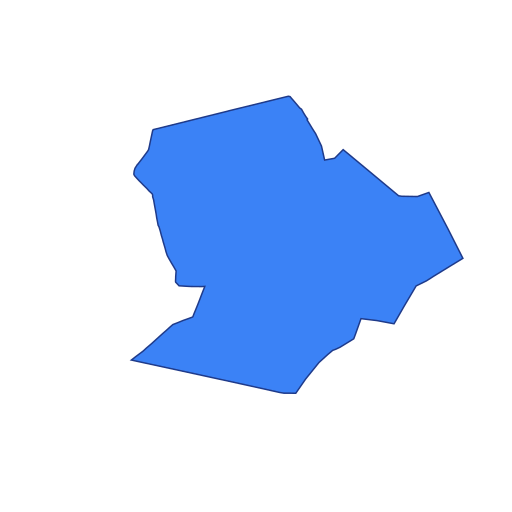 the district of Macea, Arad, Romania, rotated 310°
{"feature_id": "2599482B60932360253726", "entity_name": "Macea", "entity_type": "district", "adm_level": 2, "iso_a3": "ROU", "parent_name": "Romania", "parent_adm1": "Arad", "projection": "robinson", "projection_center": [21.316, 46.4], "detail": "fine", "context": "isolated", "style": "filled", "palette": "blue", "viewbox_px": 512, "rotation_deg": 310, "n_neighbors": 0, "source": "geoboundaries", "source_scale": "gbopen_adm2", "svg_char_len": 1858}
<svg xmlns="http://www.w3.org/2000/svg" viewBox="0 0 512 512"><g transform="rotate(310 256 256)"><path d="M346.4,402.5L351.4,404.1L354.4,405.0L373.3,411.3L387.2,416.0L400.4,385.1L402.0,381.2L415.8,347.6L405.3,341.4L395.4,329.2L393.8,326.5L393.7,296.4L393.5,254.4L381.4,253.4L373.6,246.9L382.3,235.5L388.0,223.1L389.7,217.7L393.1,207.6L394.1,207.5L394.9,204.3L396.1,200.7L397.7,196.5L397.5,194.4L399.3,183.9L399.6,181.8L400.0,179.7L399.7,179.0L399.5,178.9L399.2,178.1L349.8,141.9L348.6,141.1L286.7,96.0L285.5,96.3L275.7,101.5L271.3,103.9L268.5,105.3L266.9,105.6L257.3,106.2L251.9,106.4L250.4,106.5L250.1,106.3L245.5,106.9L242.7,108.1L240.2,109.8L239.7,110.7L239.4,111.6L238.9,115.2L238.5,118.2L238.3,120.8L237.9,124.6L237.6,128.9L237.1,132.1L236.9,136.4L236.3,137.6L234.9,138.8L234.6,139.3L233.1,141.6L230.2,145.0L226.9,149.0L223.9,152.6L221.4,155.4L219.0,158.4L216.6,161.3L216.0,162.9L213.6,166.6L211.0,170.2L208.8,173.6L207.2,175.8L205.1,179.0L203.5,181.4L201.5,184.2L199.4,187.6L198.7,189.3L198.0,191.1L196.2,196.0L194.9,199.8L193.2,204.4L190.6,206.3L188.5,207.8L187.4,208.7L184.9,210.6L184.3,211.3L183.8,215.6L183.7,216.2L185.7,218.9L188.2,222.3L190.7,225.6L192.8,228.2L195.0,230.8L197.7,234.1L199.8,236.3L198.2,236.9L195.4,237.8L191.0,239.3L186.7,240.8L181.1,242.7L175.5,244.5L172.0,245.6L168.8,246.7L168.4,246.6L164.0,244.1L159.6,241.5L154.8,239.0L150.1,236.4L145.8,235.7L141.2,235.1L136.8,234.4L132.6,233.8L127.4,233.1L122.1,232.4L119.1,231.9L115.0,231.2L110.9,230.7L106.1,229.6L101.4,228.5L96.2,227.4L97.5,229.9L99.0,232.8L132.8,297.0L151.8,333.2L166.7,361.9L168.9,365.6L172.2,369.5L176.4,374.7L193.7,373.1L214.9,372.7L226.7,374.3L233.0,375.4L235.8,377.0L240.1,379.0L255.4,384.1L259.9,382.5L275.5,376.7L284.3,390.2L292.8,405.3L295.2,404.9L313.0,401.7L336.0,397.9L343.7,401.3L346.4,402.5Z" fill="#3b82f6" stroke="#1e3a8a" stroke-width="1.5"/></g></svg>